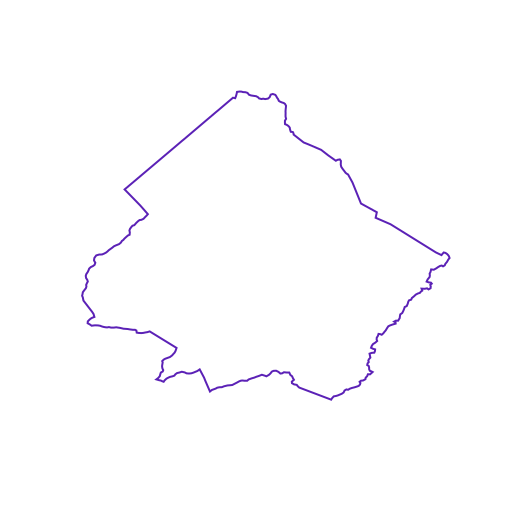 outline of Ipirá, Bahia, Brazil, rotated 250°
{"feature_id": "56859067B36426847002914", "entity_name": "Ipirá", "entity_type": "district", "adm_level": 2, "iso_a3": "BRA", "parent_name": "Brazil", "parent_adm1": "Bahia", "projection": "equal_earth", "projection_center": [-39.836, -12.21], "detail": "fine", "context": "isolated", "style": "outline", "palette": "violet", "viewbox_px": 512, "rotation_deg": 250, "n_neighbors": 0, "source": "geoboundaries", "source_scale": "gbopen_adm2", "svg_char_len": 4908}
<svg xmlns="http://www.w3.org/2000/svg" viewBox="0 0 512 512"><g transform="rotate(250 256 256)"><path d="M140.4,223.5L139.4,224.6L139.9,227.6L140.8,229.6L141.9,231.2L142.1,233.1L141.3,235.7L139.4,237.5L137.2,238.7L136.8,240.4L137.2,242.5L136.1,244.8L135.1,247.4L132.5,247.6L130.6,248.8L128.7,248.9L126.7,249.3L125.7,246.7L124.2,246.3L122.3,247.9L121.0,250.2L119.4,250.7L117.6,251.6L95.3,277.5L96.2,278.6L97.5,281.0L97.1,283.4L97.0,285.2L97.1,287.2L97.2,289.5L97.8,291.7L99.3,293.2L99.7,295.3L98.8,296.8L99.2,298.7L99.2,300.9L98.9,303.8L98.8,306.3L98.8,308.1L99.6,309.7L101.0,310.7L102.3,310.3L102.9,311.9L102.4,314.1L102.8,316.7L104.1,317.4L105.1,319.4L106.6,320.7L105.8,322.7L107.1,325.9L108.2,324.9L109.2,323.7L110.9,323.6L112.7,324.2L114.1,324.3L115.5,323.2L116.9,324.1L117.8,325.7L119.2,325.7L120.3,326.7L121.4,328.7L123.4,329.0L125.4,329.3L125.4,331.6L124.7,334.1L126.0,335.3L127.5,336.0L128.8,334.2L130.4,332.7L132.0,334.1L133.2,335.8L133.8,338.5L134.7,340.8L136.3,340.8L137.9,341.5L139.3,343.3L140.9,344.5L140.1,346.0L139.0,347.2L139.8,349.2L140.7,350.6L141.7,352.4L143.4,354.5L144.7,356.3L144.9,358.1L144.9,360.8L144.7,364.1L145.9,364.4L147.1,363.4L147.4,365.4L146.6,367.4L148.5,369.8L150.3,370.7L151.8,371.6L152.4,373.9L153.8,375.4L155.3,376.8L157.2,378.3L157.4,380.5L159.3,382.3L160.9,383.4L162.0,384.6L161.9,386.9L163.2,388.1L164.1,390.7L165.1,393.0L165.4,395.3L165.3,397.4L166.1,398.6L166.6,400.4L168.7,400.4L167.5,403.3L167.1,405.7L165.6,406.7L166.0,409.0L167.6,409.8L169.3,409.9L169.9,411.7L171.1,411.3L172.2,409.2L173.6,407.6L175.3,409.3L176.9,412.0L178.5,412.8L180.0,413.1L181.3,414.5L183.5,416.0L182.3,418.4L182.7,421.0L183.3,423.3L183.7,425.5L183.5,427.3L182.3,428.2L182.7,430.2L183.9,431.3L185.1,433.4L186.9,435.5L187.9,437.2L189.9,437.2L191.3,436.8L192.6,436.2L194.1,435.1L195.1,433.6L194.3,432.1L193.4,430.6L197.8,426.3L239.8,393.3L251.0,381.5L255.8,384.5L269.4,372.6L292.0,371.8L301.1,370.4L302.3,369.4L303.6,368.6L305.1,368.2L306.6,367.7L308.6,367.1L310.7,366.6L312.9,366.9L314.6,367.6L316.3,368.3L318.1,367.8L318.5,365.4L318.2,363.6L326.0,358.2L333.5,353.5L343.0,343.4L346.4,339.6L357.2,332.9L358.4,333.2L359.9,333.0L360.8,331.2L362.1,331.2L363.6,331.3L365.0,331.6L366.2,331.3L367.4,330.7L368.8,329.7L369.9,328.4L371.2,328.7L373.3,329.5L374.6,331.2L376.7,331.4L378.7,332.1L380.2,332.7L381.8,333.2L383.4,333.9L385.0,334.7L386.9,335.6L388.9,335.3L390.3,334.4L391.5,332.8L392.8,331.4L394.0,330.5L395.9,330.4L397.6,329.9L399.2,329.7L400.8,329.3L402.5,327.2L402.6,325.0L400.6,323.2L399.8,321.1L400.3,318.3L401.4,316.5L401.6,314.9L403.0,312.8L404.5,312.2L406.1,310.8L407.6,308.0L408.6,306.2L409.9,304.6L412.2,303.8L413.5,302.1L414.5,299.8L415.4,298.6L416.1,297.0L416.7,294.3L414.8,293.1L413.0,291.8L411.4,290.4L412.6,288.5L405.7,269.9L404.9,267.6L394.3,239.0L390.3,228.2L389.4,225.6L388.6,223.5L376.8,191.5L365.8,161.6L363.5,155.3L343.1,164.5L332.3,168.7L331.4,167.1L330.5,165.1L329.4,163.0L329.2,160.6L329.6,158.9L329.1,157.2L328.1,154.9L326.6,152.2L326.7,150.3L325.9,148.8L324.6,146.9L323.3,145.8L321.3,145.5L319.2,144.5L319.1,142.7L318.5,141.1L317.3,138.2L316.5,136.9L316.0,135.1L314.8,133.6L314.0,131.4L313.9,128.0L313.7,125.8L313.0,123.9L312.3,121.4L311.8,119.6L311.1,118.1L310.5,116.3L310.2,114.1L310.1,111.8L311.0,109.2L311.2,106.1L309.5,103.5L307.4,102.3L306.1,102.4L304.6,102.7L302.9,101.3L302.3,99.3L302.1,97.0L301.2,94.9L300.0,93.9L298.5,92.4L297.0,90.3L295.5,89.2L293.3,88.8L291.4,89.3L289.5,89.2L288.2,87.7L286.9,86.5L285.3,86.2L283.9,85.1L282.6,83.0L281.2,80.9L279.6,80.0L278.1,79.0L276.4,79.1L273.1,78.6L259.6,82.9L257.1,83.5L254.0,83.3L254.0,81.1L253.7,79.4L253.2,77.9L252.1,75.6L250.4,74.8L248.6,76.4L246.7,77.7L246.3,79.5L245.9,81.1L244.8,83.8L243.8,85.6L242.5,87.1L241.5,88.5L240.6,90.0L239.8,91.7L239.5,93.5L238.3,95.3L237.3,98.1L236.8,100.3L235.9,101.9L235.1,103.4L234.0,105.1L233.0,106.6L232.2,108.4L231.3,110.4L230.1,112.5L228.8,115.0L228.0,117.1L226.9,118.1L224.8,117.7L223.9,119.3L222.8,121.8L222.3,123.7L222.0,125.8L221.6,127.9L221.5,130.3L196.8,149.9L195.4,148.8L194.1,147.7L193.0,146.4L192.3,145.0L191.3,143.2L190.5,140.6L190.5,138.0L190.5,135.5L190.2,133.8L189.3,131.9L187.9,131.9L186.5,131.1L185.3,130.4L184.1,129.9L182.2,129.6L180.5,129.8L179.4,128.9L179.0,126.7L177.6,125.6L176.0,124.5L174.8,122.4L174.1,120.2L172.4,122.5L171.5,124.0L170.3,125.1L169.4,126.2L170.4,127.6L171.4,130.0L171.7,132.2L171.8,134.0L171.5,136.4L171.5,138.4L172.4,139.7L173.0,141.8L172.7,144.1L172.6,146.7L171.0,149.2L169.5,150.6L168.5,152.8L167.9,155.0L167.8,157.2L167.9,159.3L168.0,161.6L168.7,164.3L159.4,165.6L155.9,165.7L144.4,166.4L145.2,168.7L145.2,170.8L145.2,172.8L145.5,174.5L145.2,176.6L144.4,179.1L144.5,181.4L144.1,185.0L143.4,187.5L142.9,189.6L143.2,191.9L143.6,195.0L144.0,197.5L144.0,199.4L143.5,201.0L142.7,202.5L141.8,205.1L142.5,206.8L142.5,210.1L142.3,212.9L142.4,215.0L142.3,217.6L142.4,220.9L140.4,223.5Z" fill="none" stroke="#5b21b6" stroke-width="2"/></g></svg>